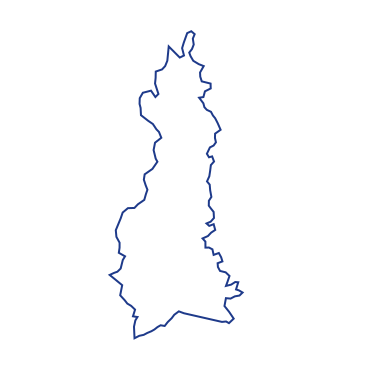 the district of Barão de Antonina, São Paulo, Brazil, rotated 14°
{"feature_id": "56859067B50057766489130", "entity_name": "Barão de Antonina", "entity_type": "district", "adm_level": 2, "iso_a3": "BRA", "parent_name": "Brazil", "parent_adm1": "São Paulo", "projection": "equal_earth", "projection_center": [-49.568, -23.569], "detail": "fine", "context": "isolated", "style": "outline", "palette": "blue", "viewbox_px": 384, "rotation_deg": 14, "n_neighbors": 0, "source": "geoboundaries", "source_scale": "gbopen_adm2", "svg_char_len": 2101}
<svg xmlns="http://www.w3.org/2000/svg" viewBox="0 0 384 384"><g transform="rotate(14 192 192)"><path d="M185.1,87.0L183.8,82.3L179.9,82.3L174.7,82.3L172.1,78.1L170.9,74.1L172.9,67.0L167.6,66.3L161.5,64.4L157.7,60.5L155.6,57.4L157.4,53.3L158.0,48.5L155.7,43.0L156.4,38.2L152.4,36.2L148.9,39.0L147.9,49.0L147.6,54.8L151.2,61.5L147.6,64.5L134.2,56.4L136.3,70.6L135.5,76.3L133.3,80.3L127.7,83.9L129.1,90.1L129.9,95.7L135.7,105.0L133.5,108.7L127.7,103.6L120.3,107.6L118.6,113.6L119.8,119.2L121.8,122.9L123.9,129.8L132.2,133.5L137.6,135.5L142.3,139.8L145.4,141.7L149.1,146.8L144.2,153.1L144.6,160.6L148.7,168.4L151.1,171.0L148.0,179.2L141.8,186.3L142.3,191.7L145.3,196.5L148.2,200.6L147.8,205.2L147.6,211.2L142.5,217.0L140.0,221.4L133.7,223.2L129.7,228.7L129.2,234.7L127.3,247.5L129.5,253.8L134.0,258.7L135.2,263.6L135.7,268.7L142.6,270.6L141.3,274.7L141.3,283.5L138.9,287.4L136.0,289.3L132.2,292.4L146.8,299.3L147.3,309.6L152.9,313.3L156.2,315.9L160.5,317.2L165.2,319.9L164.8,326.9L169.3,326.5L168.1,330.3L168.3,336.7L171.6,347.8L175.6,344.3L179.7,342.3L182.7,339.6L186.3,336.9L188.8,334.5L191.2,331.4L193.8,328.9L197.9,328.6L199.9,324.1L202.8,319.4L204.5,315.4L208.1,311.0L213.5,311.6L252.5,310.8L256.4,309.4L259.6,310.3L263.1,304.8L257.0,299.3L251.1,294.8L250.6,286.8L255.2,286.1L258.8,282.9L263.1,281.0L265.4,277.3L261.3,276.1L258.3,275.9L258.7,268.4L255.7,268.9L252.4,272.4L247.7,274.9L248.2,270.2L248.7,264.4L244.1,261.8L238.3,261.8L235.3,258.5L234.1,254.9L238.3,252.0L236.1,248.3L232.8,244.7L228.2,247.8L225.7,242.7L221.9,241.8L218.5,242.7L217.0,236.9L213.5,234.5L218.1,230.9L220.4,226.8L223.7,223.2L220.8,218.0L216.9,220.7L213.7,219.0L217.3,216.3L219.6,211.9L217.8,206.1L214.3,203.4L211.6,201.2L210.5,196.4L212.0,192.1L209.2,185.9L207.4,180.6L204.0,178.1L205.0,172.6L204.5,167.2L203.8,161.3L206.0,157.1L202.9,152.6L200.1,154.2L197.2,151.3L198.6,144.4L201.7,141.7L203.2,138.0L201.2,134.0L200.3,129.8L204.7,124.7L200.2,118.9L196.6,114.8L193.8,112.7L191.0,109.6L186.5,108.7L183.5,106.7L181.6,103.2L176.1,98.8L180.1,97.1L180.2,91.2L185.1,87.0Z" fill="none" stroke="#1e3a8a" stroke-width="2"/></g></svg>